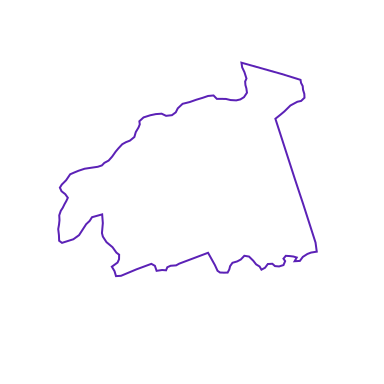 outline of São Sebastião, Alagoas, Brazil, rotated 249°
{"feature_id": "56859067B68585195821070", "entity_name": "São Sebastião", "entity_type": "district", "adm_level": 2, "iso_a3": "BRA", "parent_name": "Brazil", "parent_adm1": "Alagoas", "projection": "natural_earth1", "projection_center": [-36.551, -9.955], "detail": "fine", "context": "isolated", "style": "outline", "palette": "violet", "viewbox_px": 384, "rotation_deg": 249, "n_neighbors": 0, "source": "geoboundaries", "source_scale": "gbopen_adm2", "svg_char_len": 1919}
<svg xmlns="http://www.w3.org/2000/svg" viewBox="0 0 384 384"><g transform="rotate(249 192 192)"><path d="M151.0,90.4L145.9,91.3L140.7,90.9L139.2,95.7L139.7,112.5L139.5,128.3L136.4,130.9L131.1,130.7L129.9,136.1L128.2,139.7L130.6,142.0L130.8,145.6L129.2,150.9L129.7,154.4L129.6,168.7L129.5,185.2L115.5,187.2L109.3,187.6L106.8,189.3L105.2,193.0L104.0,196.4L106.4,199.1L109.1,201.0L111.4,204.4L111.0,209.3L111.5,213.4L113.7,218.0L111.3,222.1L105.8,224.6L101.5,225.9L98.2,228.4L94.6,229.0L95.1,233.0L97.6,237.0L96.2,241.3L93.1,242.9L91.3,246.6L91.0,251.2L94.1,254.2L97.0,253.5L98.8,256.7L97.1,260.4L95.4,263.6L93.3,266.3L90.6,263.0L89.0,268.0L91.7,272.2L92.8,277.5L92.8,281.4L91.6,287.1L100.5,289.2L141.5,291.5L150.5,291.9L167.5,292.7L213.5,295.2L230.5,296.1L232.3,301.8L234.1,307.1L237.5,314.9L238.5,322.7L237.9,326.5L239.7,330.8L243.3,332.0L247.7,332.3L251.2,333.3L254.8,332.9L257.8,333.5L270.1,317.9L295.0,284.5L290.3,283.5L285.1,283.9L278.4,283.5L276.1,281.2L272.7,280.2L269.3,279.9L265.0,278.9L261.9,274.5L261.1,270.3L261.7,266.1L264.0,261.0L266.8,256.9L268.2,253.3L270.0,248.6L274.4,246.7L275.9,241.4L276.1,235.7L276.6,229.1L276.8,222.1L277.7,214.8L275.2,208.7L272.2,205.4L270.9,200.8L272.4,195.1L276.0,191.7L277.7,186.1L278.6,180.5L279.0,173.5L276.9,168.2L273.9,167.5L271.4,165.2L268.1,161.0L264.0,157.9L262.2,152.4L262.2,148.3L261.6,144.0L259.1,138.9L257.1,135.3L253.7,130.2L251.2,125.4L250.6,120.6L249.1,117.4L249.3,113.1L251.1,105.1L252.2,100.1L252.5,93.7L252.4,89.2L252.2,84.6L248.1,78.7L245.6,73.1L243.4,70.2L239.4,70.5L235.4,72.9L231.1,74.0L228.6,71.4L226.2,68.5L223.6,65.7L221.5,62.8L217.8,59.7L213.2,58.2L209.1,56.1L205.3,53.8L199.4,52.3L194.1,50.5L191.1,52.4L190.4,64.3L192.2,71.1L199.9,81.7L201.7,86.1L204.3,89.6L203.3,100.1L194.9,97.6L185.9,93.2L182.3,92.8L175.8,94.2L172.4,96.1L169.0,98.0L162.5,99.7L159.6,101.5L155.4,99.8L152.8,97.2L151.0,90.4Z" fill="none" stroke="#5b21b6" stroke-width="2"/></g></svg>